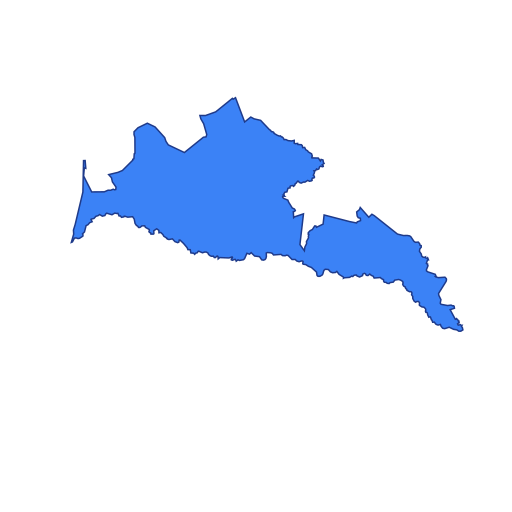 outline of Amatlán de Cañas, Nayarit, Mexico, rotated 328°
{"feature_id": "50627088B27678172888036", "entity_name": "Amatlán de Cañas", "entity_type": "district", "adm_level": 2, "iso_a3": "MEX", "parent_name": "Mexico", "parent_adm1": "Nayarit", "projection": "robinson", "projection_center": [-104.374, 20.799], "detail": "fine", "context": "isolated", "style": "filled", "palette": "blue", "viewbox_px": 512, "rotation_deg": 328, "n_neighbors": 0, "source": "geoboundaries", "source_scale": "gbopen_adm2", "svg_char_len": 6160}
<svg xmlns="http://www.w3.org/2000/svg" viewBox="0 0 512 512"><g transform="rotate(328 256 256)"><path d="M396.6,352.5L399.3,350.3L400.2,350.7L400.5,349.2L400.6,348.5L399.9,348.7L399.0,347.6L398.7,347.0L399.1,346.6L398.3,346.5L397.0,345.5L396.5,343.8L397.2,341.9L397.1,338.6L398.7,336.8L400.8,336.1L401.6,334.7L400.8,333.7L401.3,332.3L401.0,330.2L398.5,328.9L397.7,327.4L397.5,321.6L396.9,320.3L395.1,318.7L391.9,316.8L387.6,312.4L377.7,284.5L376.4,282.0L372.2,282.9L370.1,270.1L368.3,271.5L364.7,272.0L363.0,275.7L363.0,277.7L364.5,279.3L363.4,281.4L360.0,280.7L358.8,281.3L353.6,276.4L335.5,257.3L329.8,264.5L322.5,263.7L322.7,262.3L321.7,261.6L317.9,263.4L315.3,263.2L312.7,263.9L311.8,265.2L312.2,265.7L310.7,267.2L310.2,268.4L306.4,270.5L305.5,272.3L302.2,274.3L299.8,277.2L299.3,269.6L318.6,245.4L309.4,243.2L308.3,243.4L311.1,238.2L312.5,238.6L313.5,238.2L313.5,236.5L312.2,234.5L312.2,227.8L312.6,225.5L310.0,221.8L309.7,220.4L310.0,219.7L310.6,219.6L311.9,220.4L311.4,218.8L312.2,219.1L312.5,218.1L314.2,217.2L316.2,218.0L319.0,215.5L321.0,216.3L321.8,215.0L322.6,214.9L324.7,215.8L324.7,216.8L325.1,216.8L326.6,216.4L327.5,215.5L328.8,215.5L330.9,214.6L331.6,215.1L331.7,216.6L332.9,218.1L335.6,218.5L336.6,219.3L339.9,219.3L341.0,221.0L343.0,221.7L343.8,221.5L344.0,220.6L345.1,219.8L346.4,220.5L347.4,220.1L347.7,218.8L347.4,217.9L349.6,216.4L350.3,215.4L350.3,214.5L351.8,215.2L353.4,214.3L353.9,215.2L355.4,215.5L357.2,214.1L358.3,214.0L359.6,215.5L360.5,215.7L360.8,215.0L360.5,213.7L362.8,213.6L362.8,212.3L363.7,210.1L362.4,208.6L360.9,209.5L360.8,206.0L355.4,202.4L355.7,201.7L356.7,201.1L357.3,198.8L355.5,195.4L355.5,194.1L354.5,192.2L354.8,189.7L353.0,188.8L353.7,187.0L353.5,185.7L350.6,183.6L351.0,182.6L348.9,181.6L348.2,180.6L349.7,178.2L347.1,177.3L344.3,175.1L343.1,173.1L341.5,172.2L341.7,170.8L341.4,169.1L340.7,168.5L340.4,167.1L339.3,166.6L338.1,165.0L336.3,161.6L336.6,160.7L336.1,159.6L335.0,158.7L334.9,156.9L334.4,156.2L331.8,143.4L327.1,138.7L325.2,135.4L317.4,136.3L322.5,110.9L319.7,110.9L319.5,109.8L298.2,112.4L287.6,110.1L282.9,107.1L281.9,110.4L281.7,116.1L278.6,126.9L276.8,128.5L274.3,127.4L250.1,130.3L240.5,115.3L240.4,111.0L241.3,107.2L238.8,93.1L234.2,85.8L223.9,84.7L218.4,86.0L216.9,88.4L216.1,91.3L208.4,103.8L207.5,104.9L206.9,104.8L204.0,108.8L202.7,108.7L202.4,109.4L188.0,112.7L183.2,111.9L174.2,108.9L174.9,113.0L173.5,117.1L173.8,123.4L172.3,125.3L171.1,124.9L170.3,123.7L167.5,123.2L165.4,121.8L161.4,121.2L150.6,114.6L152.2,96.8L157.1,90.3L158.1,91.5L161.7,84.5L160.3,83.7L143.1,110.0L119.3,133.5L114.9,137.3L113.0,140.8L106.6,146.6L107.8,146.8L111.5,144.6L113.1,145.4L114.3,146.9L115.8,147.5L119.7,147.4L120.5,146.4L120.6,145.3L123.3,144.7L128.0,140.2L130.1,140.4L132.6,139.6L135.2,140.1L135.4,137.6L135.8,137.4L138.5,138.3L141.3,137.5L143.4,138.1L145.4,138.0L146.8,140.8L149.3,141.6L150.9,140.7L152.1,140.6L155.7,144.7L159.0,144.8L160.5,146.2L161.5,146.6L161.1,149.5L162.3,150.2L162.4,151.9L164.7,152.8L165.2,152.4L165.9,152.8L167.8,155.1L172.2,157.3L172.3,160.1L170.7,164.3L170.8,166.8L171.5,168.0L171.5,169.5L171.9,169.9L173.0,170.3L175.2,170.0L177.6,171.4L177.4,173.1L179.5,176.9L179.2,177.7L178.2,178.5L178.1,179.5L178.9,180.6L178.5,181.8L180.7,183.1L181.2,183.0L182.7,180.4L186.2,180.3L187.2,182.8L186.0,184.9L187.7,185.6L188.4,188.4L188.3,190.4L189.9,193.8L189.6,194.0L190.0,194.9L190.9,195.9L194.2,197.2L194.9,200.9L196.7,203.2L198.0,203.3L199.3,201.8L200.0,202.2L201.2,206.9L202.0,212.5L201.6,214.5L203.6,215.8L202.4,218.9L204.6,220.6L204.9,222.1L206.2,221.6L207.9,222.1L209.5,221.4L210.0,221.6L212.3,224.9L214.7,225.5L216.0,226.4L216.8,227.9L216.6,229.6L217.3,231.6L218.2,232.7L219.8,233.6L219.8,235.2L220.7,235.8L222.9,235.4L223.4,235.7L223.4,236.5L222.4,238.4L224.4,238.1L232.0,243.3L235.2,244.1L235.1,245.1L233.3,245.6L233.0,246.1L233.7,247.1L236.5,247.7L236.7,249.3L236.5,249.9L238.7,249.7L239.6,251.0L243.4,252.5L244.9,252.2L249.7,248.9L251.5,251.0L253.7,250.6L254.8,255.3L258.6,258.4L258.8,262.3L260.2,263.5L261.8,263.8L263.1,263.3L264.5,262.0L266.3,258.9L267.5,259.1L270.2,261.1L271.2,262.4L271.4,264.4L278.1,267.9L278.7,269.7L279.5,270.3L281.0,271.3L282.2,271.4L283.5,272.5L284.7,278.1L287.4,279.7L287.9,281.8L289.5,283.7L291.9,284.3L292.9,285.1L292.9,285.8L291.7,287.0L291.6,287.9L293.7,289.7L294.9,292.4L296.9,295.0L298.8,301.7L297.5,304.7L297.6,305.7L298.0,306.2L299.5,307.1L302.0,307.2L303.1,306.7L305.9,304.2L307.6,303.9L308.5,304.5L310.2,305.8L310.7,308.9L312.1,310.8L314.7,312.1L316.4,311.9L316.7,315.6L318.8,319.8L318.9,320.6L318.4,321.2L319.4,321.3L324.0,323.7L326.6,323.8L327.2,324.7L328.8,324.3L329.7,324.6L331.1,325.4L331.0,326.3L332.7,328.7L336.0,329.1L336.8,328.0L338.7,328.1L339.4,329.1L339.3,330.7L339.6,331.1L340.6,331.9L342.9,331.6L343.5,333.5L344.7,335.3L344.5,337.3L350.1,340.2L350.3,341.6L351.6,343.6L350.9,345.0L350.9,346.2L352.5,347.5L352.7,348.6L354.3,349.9L355.6,349.6L358.6,350.9L360.9,350.0L364.5,351.5L365.8,353.0L366.9,355.3L366.4,356.9L365.5,357.6L365.3,358.5L365.3,359.8L366.2,361.5L365.8,362.1L365.8,363.3L366.2,364.0L365.8,365.1L367.2,367.6L368.5,368.4L368.8,369.3L368.5,370.2L367.4,371.3L367.5,373.3L366.4,375.2L366.2,378.2L366.9,379.8L368.3,379.8L369.7,380.7L369.9,382.4L368.5,384.1L368.6,384.8L369.7,387.1L371.3,388.4L371.8,390.6L371.3,391.9L370.5,392.5L370.2,393.8L370.9,394.2L371.1,395.1L370.4,396.9L370.1,399.5L371.4,399.8L371.6,400.2L370.9,403.1L371.2,403.8L370.7,405.8L372.2,406.6L372.4,409.1L373.2,410.4L373.9,411.1L376.1,411.8L375.7,413.7L376.0,416.1L376.5,416.7L377.5,417.6L382.1,418.8L384.7,422.9L387.1,425.0L388.2,427.3L389.9,428.3L392.3,428.3L393.1,426.0L392.9,424.6L393.9,424.0L393.4,423.8L393.0,422.6L390.9,421.8L391.0,420.3L392.7,420.1L393.0,419.0L393.2,419.6L393.6,418.6L393.2,418.4L393.3,416.8L392.8,415.3L392.0,415.7L391.5,415.2L392.2,404.4L396.6,405.5L397.4,403.6L397.2,402.9L396.4,402.5L395.4,401.0L392.2,399.5L387.3,395.0L387.2,393.7L389.7,391.0L390.2,386.2L391.0,384.5L403.7,378.3L404.9,377.2L405.4,376.1L405.0,374.1L399.2,371.0L397.4,369.0L397.2,368.3L398.0,368.5L398.3,366.5L393.3,360.5L392.7,359.0L393.3,357.9L396.7,355.4L396.7,354.3L397.3,353.9L396.6,352.5Z" fill="#3b82f6" stroke="#1e3a8a" stroke-width="1.5"/></g></svg>